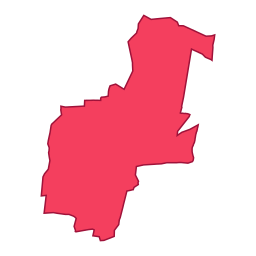 Mayapán, Yucatán, Mexico (Natural Earth projection)
{"feature_id": "50627088B30378888459240", "entity_name": "Mayapán", "entity_type": "district", "adm_level": 2, "iso_a3": "MEX", "parent_name": "Mexico", "parent_adm1": "Yucatán", "projection": "natural_earth1", "projection_center": [-89.174, 20.492], "detail": "fine", "context": "isolated", "style": "filled", "palette": "rose", "viewbox_px": 256, "rotation_deg": 0, "n_neighbors": 0, "source": "geoboundaries", "source_scale": "gbopen_adm2", "svg_char_len": 2237}
<svg xmlns="http://www.w3.org/2000/svg" viewBox="0 0 256 256"><path d="M183.4,25.8L178.7,25.7L177.3,22.1L170.4,17.6L160.1,18.5L151.1,19.4L143.8,15.4L138.4,23.9L138.1,28.5L136.9,31.6L136.6,33.0L131.2,38.2L128.1,41.8L132.0,60.0L132.1,60.6L132.5,62.7L132.5,64.9L132.8,71.0L124.1,89.3L115.7,84.1L110.1,85.8L109.6,87.1L109.0,88.8L108.5,91.2L108.2,96.1L105.0,96.9L101.4,97.2L100.7,98.1L100.7,100.4L98.1,100.3L96.9,100.3L95.7,100.3L93.3,100.2L91.7,100.3L84.7,100.4L84.4,106.1L67.7,107.0L65.3,107.1L60.9,106.2L61.0,108.1L60.8,109.9L61.0,111.2L61.6,114.9L51.7,124.2L51.1,125.6L50.1,132.4L48.3,140.6L47.8,143.9L49.2,147.7L49.2,148.3L49.0,151.0L48.6,152.6L49.2,156.7L49.9,160.6L48.3,169.2L44.6,173.7L43.0,176.9L41.3,195.9L46.2,195.4L44.1,213.2L53.3,212.6L57.4,213.3L65.5,214.4L69.0,214.4L73.4,216.1L74.6,216.8L76.2,218.4L74.1,226.4L75.5,230.5L75.3,231.5L75.9,231.8L88.3,229.6L92.5,229.1L94.2,229.9L92.9,235.8L99.2,236.7L100.4,240.6L103.9,240.4L114.2,236.4L114.4,230.3L118.7,224.6L119.2,220.6L119.4,219.6L120.2,217.6L122.8,207.4L123.7,203.6L124.5,200.5L126.9,191.0L127.5,190.9L130.0,190.4L132.8,189.7L133.2,189.7L134.0,187.4L138.3,184.5L138.0,182.8L138.5,181.3L135.4,175.0L136.4,166.5L143.6,164.9L146.8,164.7L154.7,164.2L155.7,164.1L159.9,163.9L161.5,163.8L166.9,162.7L169.1,162.7L171.3,162.7L176.7,162.7L179.1,162.5L181.1,162.5L187.5,163.1L188.1,163.1L192.4,161.6L193.0,160.6L193.2,160.2L193.3,159.7L193.6,157.7L193.3,156.7L192.9,155.4L192.7,154.5L192.4,153.2L192.1,151.5L192.1,150.9L192.1,148.6L192.2,147.9L192.5,146.7L193.1,145.7L193.5,144.4L193.8,143.5L194.3,142.8L194.4,142.4L194.6,141.5L194.8,140.7L195.0,139.8L195.0,139.1L195.3,137.5L195.5,136.2L195.6,135.4L195.9,134.0L196.1,133.5L196.3,132.4L196.8,131.3L197.1,130.1L197.3,129.4L197.4,128.4L197.8,127.0L198.2,124.8L189.8,129.4L181.8,132.3L177.2,135.5L177.6,131.3L189.1,116.7L189.9,114.6L189.4,114.4L188.5,114.0L187.1,113.6L186.4,113.6L185.5,113.4L184.5,113.5L183.5,113.4L183.0,113.3L182.4,113.2L181.2,113.3L180.3,113.0L180.7,111.6L181.9,107.2L181.6,106.5L183.5,97.4L191.5,49.1L202.4,54.1L205.4,57.2L208.9,58.7L210.6,59.4L211.1,59.6L212.0,60.3L212.2,57.0L212.9,47.7L212.8,45.1L214.1,39.6L214.7,34.9L211.5,35.9L206.0,36.2L183.4,25.8Z" fill="#f43f5e" stroke="#9f1239" stroke-width="1.5"/></svg>